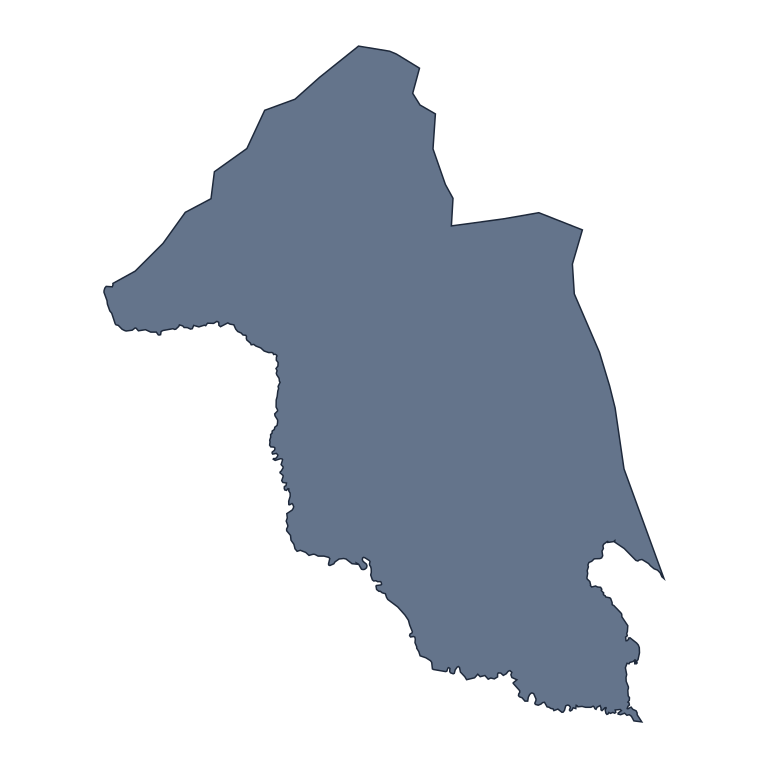 Myangad, Hovd, Mongolia
{"feature_id": "93677404B16337473232636", "entity_name": "Myangad", "entity_type": "district", "adm_level": 2, "iso_a3": "MNG", "parent_name": "Mongolia", "parent_adm1": "Hovd", "projection": "mercator", "projection_center": [91.966, 48.561], "detail": "fine", "context": "isolated", "style": "filled", "palette": "slate", "viewbox_px": 768, "rotation_deg": 0, "n_neighbors": 0, "source": "geoboundaries", "source_scale": "gbopen_adm2", "svg_char_len": 6125}
<svg xmlns="http://www.w3.org/2000/svg" viewBox="0 0 768 768"><path d="M664.0,578.6L624.0,468.9L615.1,407.9L609.6,385.9L599.5,352.4L574.3,293.9L572.4,264.1L582.4,229.9L538.8,212.7L503.1,218.9L451.4,225.9L453.0,198.3L445.4,184.5L433.0,148.9L435.4,113.9L420.0,105.0L412.7,93.3L419.5,68.2L396.3,54.0L389.6,51.2L358.5,46.1L319.6,77.3L295.0,99.2L264.7,110.3L246.9,148.5L214.4,171.7L211.0,198.7L185.3,212.3L163.0,243.4L135.2,271.1L112.9,283.4L113.0,284.9L112.3,286.8L106.2,286.4L104.8,288.1L104.0,290.9L104.0,292.4L107.0,300.6L107.4,304.1L109.8,310.9L111.7,313.2L115.2,323.8L116.0,324.8L118.3,325.4L122.0,329.2L124.5,330.5L126.1,331.0L132.2,330.2L135.1,328.0L136.1,328.2L138.4,330.8L145.5,329.7L150.7,332.1L156.3,332.1L158.3,334.9L159.4,335.0L160.6,334.7L161.1,331.5L163.0,330.5L173.0,328.7L174.5,329.4L175.8,329.2L178.8,326.4L179.4,324.9L182.7,325.9L184.1,327.5L187.4,327.6L190.5,329.1L192.3,328.7L193.7,325.4L198.9,326.9L204.3,325.2L205.7,325.7L207.5,323.2L213.6,323.4L216.9,321.4L218.7,322.3L218.9,325.3L220.5,326.7L227.8,322.9L229.9,324.1L233.8,324.8L235.7,329.1L237.7,331.5L241.1,333.0L243.0,335.0L245.8,335.3L246.5,336.6L246.3,338.4L246.8,340.0L250.3,343.0L251.2,344.8L253.8,344.4L255.8,346.0L260.7,347.9L264.1,351.0L268.7,352.6L271.9,352.5L273.0,353.1L273.6,354.5L275.0,354.2L276.5,355.0L277.0,356.0L276.4,357.1L276.3,360.2L278.1,362.5L277.9,366.1L276.0,368.5L277.1,370.7L276.3,373.2L276.7,374.7L279.1,378.4L279.4,381.2L280.1,382.3L278.1,386.4L278.6,388.7L277.8,391.0L277.2,396.3L276.2,400.0L276.1,407.1L277.6,410.0L277.5,411.0L274.7,413.9L275.0,415.8L277.6,420.0L277.6,422.3L277.1,425.4L274.8,427.2L274.3,429.5L272.2,431.0L272.0,433.3L270.6,434.5L270.7,437.2L269.7,440.2L270.0,442.0L269.6,445.1L270.8,446.9L273.8,447.1L274.8,447.8L274.9,449.0L274.5,450.2L272.2,452.1L272.1,453.1L272.7,454.1L276.4,453.4L277.9,455.0L277.6,456.1L276.5,457.7L275.5,458.5L273.5,458.6L273.2,459.2L275.2,460.4L280.6,458.7L282.1,459.0L282.6,459.8L281.1,464.6L283.0,466.7L283.1,467.8L281.3,471.0L280.2,471.8L280.0,472.8L283.0,475.4L283.1,476.6L281.7,480.7L282.9,482.5L286.5,483.0L286.0,485.7L284.4,486.5L284.2,488.2L284.7,489.9L286.5,490.4L288.0,488.6L288.9,488.9L288.7,490.7L290.1,493.1L290.2,496.2L288.7,501.2L288.8,504.6L289.7,504.8L292.0,503.5L292.6,504.0L293.7,506.6L293.3,508.2L292.1,510.1L286.8,513.6L287.3,517.9L286.2,521.1L287.8,525.4L287.7,526.8L286.6,529.0L286.7,530.8L290.5,535.4L291.0,540.2L293.9,544.3L295.0,548.8L297.1,551.3L300.3,550.3L305.7,552.4L309.0,555.4L313.2,554.2L314.9,554.4L318.1,556.1L323.9,556.1L328.8,557.4L329.8,558.6L328.5,564.0L328.7,565.0L329.9,565.5L333.8,563.8L335.0,561.9L339.1,559.0L343.7,558.5L346.0,559.0L352.0,563.7L356.9,564.2L356.4,563.0L357.8,563.7L358.8,564.5L361.5,569.2L363.1,569.6L364.7,569.3L366.5,567.8L367.0,565.9L366.4,564.1L363.1,561.4L362.3,559.7L362.6,558.0L363.4,557.4L364.8,557.7L369.4,560.6L370.0,561.6L369.5,564.0L369.7,565.2L370.7,566.8L371.2,568.9L371.3,572.3L370.7,575.0L372.4,579.9L373.8,581.0L375.9,580.7L377.7,581.7L380.6,581.6L381.2,582.4L381.6,584.2L381.0,584.9L376.4,585.5L376.0,586.1L376.6,589.5L378.9,591.3L380.3,591.3L382.2,592.8L385.4,593.7L386.5,597.3L387.8,599.5L397.7,606.9L405.0,615.1L408.4,620.2L409.7,625.1L412.4,631.8L412.0,632.9L410.0,634.1L409.6,635.7L410.6,637.0L413.6,636.5L414.8,637.1L415.3,639.1L415.0,642.7L416.7,646.8L416.7,648.2L418.8,651.6L420.1,655.8L425.9,657.8L430.5,660.7L431.7,662.4L432.4,668.9L433.5,669.5L445.6,671.6L446.8,671.2L447.9,668.1L448.6,667.6L449.9,668.4L449.7,671.5L450.5,672.8L453.2,673.8L454.3,673.3L455.2,669.9L457.2,667.1L458.3,666.5L459.5,667.5L460.4,672.0L464.8,676.7L466.6,679.7L474.6,677.8L477.8,674.2L480.2,676.7L484.9,675.5L488.2,679.2L490.8,678.0L494.3,678.9L497.6,676.9L497.6,674.1L498.3,672.9L500.8,673.1L503.3,675.4L506.2,673.8L508.2,671.3L509.9,670.6L511.8,672.3L510.9,674.8L511.9,677.5L516.9,679.8L513.2,682.8L513.2,683.4L519.7,690.7L519.7,692.4L518.7,694.0L518.5,695.7L519.5,696.8L522.1,697.8L524.9,701.1L527.7,701.1L528.3,697.3L529.6,694.6L531.3,693.0L532.5,693.1L533.7,693.7L536.0,699.0L535.9,700.6L534.8,703.2L535.4,704.4L538.2,705.2L541.1,704.0L542.6,702.6L544.5,702.3L547.1,706.9L548.9,707.2L551.1,708.6L552.9,708.7L553.9,710.6L557.9,709.1L561.9,712.3L563.2,712.1L564.5,710.3L565.7,705.9L567.3,705.1L568.8,705.3L570.2,706.8L570.3,707.7L569.4,710.0L570.2,711.0L571.8,710.2L573.2,707.8L575.8,708.6L576.2,705.3L577.1,705.7L577.8,706.8L582.1,706.4L585.6,707.3L590.9,707.3L593.1,706.2L594.0,706.8L595.0,708.8L596.0,709.3L597.1,707.2L600.1,705.6L601.0,707.9L601.0,709.8L601.6,710.5L602.1,710.6L605.0,707.7L606.0,707.6L606.2,708.0L605.2,710.0L605.9,713.2L606.9,714.4L608.0,714.0L608.9,712.4L610.4,713.4L612.8,712.4L614.7,713.2L615.8,712.4L615.2,710.0L620.3,709.5L621.4,710.6L618.1,713.1L618.1,714.1L620.6,714.7L624.6,713.2L626.9,715.3L629.3,714.7L631.4,716.3L633.9,720.9L641.8,721.9L637.2,714.8L637.1,712.8L636.1,710.8L632.8,709.3L631.1,707.1L627.9,708.8L627.2,708.6L627.9,706.4L629.4,705.0L629.0,702.8L627.9,702.1L629.3,700.4L629.5,697.7L628.2,695.9L627.8,690.3L628.4,688.3L628.4,686.9L626.2,681.4L626.0,677.5L626.7,674.6L625.4,667.8L627.0,663.3L629.0,663.8L629.7,662.5L633.1,661.5L635.0,659.8L635.4,660.1L634.7,662.1L634.8,663.8L636.3,663.8L637.1,663.0L636.9,662.1L635.7,662.6L635.5,662.1L638.0,659.7L639.5,652.8L639.3,647.6L638.3,645.0L636.6,643.0L630.0,637.8L628.5,638.1L628.7,639.2L627.0,640.7L626.0,640.7L625.6,637.1L627.3,635.8L626.7,633.5L627.4,631.5L627.8,625.7L621.9,616.9L621.7,614.1L620.9,612.9L613.9,605.6L612.2,604.7L612.1,602.5L610.7,598.6L609.8,597.8L605.8,597.0L605.1,595.7L603.6,594.8L603.3,593.9L603.7,593.0L601.3,590.5L601.8,589.2L600.6,587.3L597.5,587.0L595.6,586.0L591.7,587.0L590.4,585.5L590.6,584.9L589.8,581.5L587.2,579.0L586.9,577.9L587.7,573.4L587.2,570.7L588.4,566.8L587.9,565.0L588.9,562.5L591.7,561.3L594.3,558.8L599.9,558.6L601.6,557.9L602.7,555.8L602.0,551.1L603.4,548.5L602.9,545.8L603.7,544.2L607.4,541.4L607.8,541.5L607.7,542.4L609.6,542.2L613.6,541.6L614.8,540.6L614.8,541.4L614.3,541.8L624.2,548.5L635.9,560.4L637.9,561.0L639.2,560.0L642.0,559.5L648.5,563.5L650.5,565.8L654.1,568.8L657.5,570.1L660.2,572.9L661.9,576.8L664.0,578.6Z" fill="#64748b" stroke="#1e293b" stroke-width="1.5"/></svg>